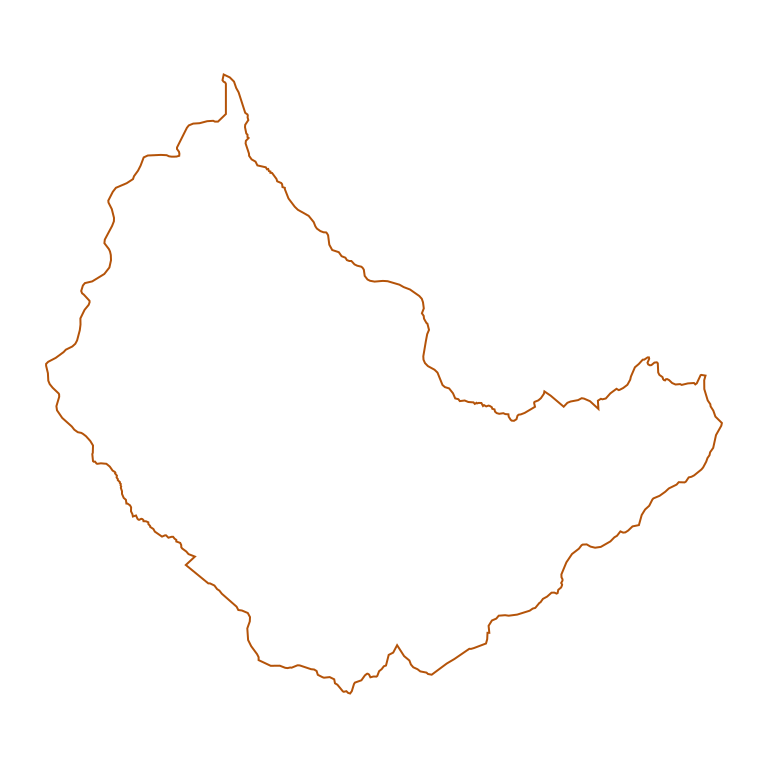 the district of Belén, Boyacá, Colombia
{"feature_id": "7082276B18043076208470", "entity_name": "Belén", "entity_type": "district", "adm_level": 2, "iso_a3": "COL", "parent_name": "Colombia", "parent_adm1": "Boyacá", "projection": "mercator", "projection_center": [-72.876, 6.017], "detail": "fine", "context": "isolated", "style": "outline", "palette": "amber", "viewbox_px": 768, "rotation_deg": 0, "n_neighbors": 0, "source": "geoboundaries", "source_scale": "gbopen_adm2", "svg_char_len": 6059}
<svg xmlns="http://www.w3.org/2000/svg" viewBox="0 0 768 768"><path d="M642.7,359.7L638.8,364.0L634.9,367.3L630.9,376.6L630.2,379.7L627.4,384.8L623.2,388.0L619.5,389.9L618.7,390.1L616.5,388.8L610.3,393.4L605.8,398.5L602.4,399.3L600.9,398.8L597.9,400.7L598.4,408.9L590.0,401.2L584.0,398.6L581.7,398.2L578.1,400.1L570.6,401.5L567.4,402.8L563.7,406.7L550.7,395.7L544.4,391.4L543.9,393.8L540.9,398.2L538.3,400.4L534.5,401.9L534.1,402.9L535.0,406.8L524.7,412.9L520.8,414.4L518.6,414.7L517.5,415.7L516.5,419.2L514.0,420.8L511.6,420.6L510.6,419.7L508.7,416.7L508.4,414.3L505.3,414.1L503.3,413.2L499.2,413.8L496.7,413.1L495.0,411.6L494.5,409.4L492.3,408.8L491.8,407.2L489.7,405.9L488.5,405.6L486.2,406.4L484.0,405.1L483.0,406.0L481.4,403.0L478.7,402.9L477.1,403.4L476.5,402.8L474.8,403.9L473.5,402.4L468.3,402.0L464.7,400.5L459.8,401.1L458.4,399.2L455.2,398.4L453.0,393.3L449.1,388.4L444.9,387.1L442.5,385.0L437.5,372.6L434.5,369.7L427.9,366.1L425.0,363.1L423.5,359.7L423.3,356.3L425.8,341.5L427.2,334.1L429.0,329.9L427.4,323.6L426.6,323.2L425.3,321.0L424.0,318.6L423.7,315.9L421.9,313.3L423.8,308.4L423.0,302.3L421.8,298.8L419.3,296.0L410.0,289.5L403.7,287.1L399.5,284.7L387.6,281.2L382.8,280.9L374.6,281.6L370.1,280.8L367.5,279.5L364.7,275.9L363.8,269.6L362.5,267.7L361.3,266.7L357.2,265.7L354.5,264.4L351.4,261.0L349.3,261.0L346.9,260.1L345.4,257.7L341.6,256.2L338.8,252.2L332.2,250.0L329.3,244.7L328.1,235.3L326.9,233.2L326.1,232.4L323.6,232.3L320.4,231.1L316.9,228.6L315.4,226.4L313.7,222.1L308.7,215.9L297.9,209.8L294.7,206.7L288.5,198.5L284.9,189.3L284.8,187.8L282.5,187.1L282.1,184.2L281.2,183.0L277.2,181.3L276.5,179.0L272.1,173.0L270.4,172.8L270.4,171.5L268.9,171.1L268.2,169.0L267.0,169.3L265.8,167.3L257.4,165.4L255.5,161.6L251.6,159.4L249.1,155.8L249.0,153.7L245.6,143.5L245.9,140.8L248.6,138.0L247.5,137.1L247.5,134.7L246.3,133.5L245.0,127.2L245.2,124.8L248.3,120.1L247.6,117.4L247.8,115.4L247.5,114.5L245.2,112.8L238.6,92.3L236.2,88.0L234.0,81.6L229.8,77.4L223.7,74.5L222.5,80.2L223.6,81.7L225.2,82.5L225.9,83.9L225.9,114.0L218.0,121.6L214.9,121.6L213.2,120.8L207.2,121.2L199.6,123.2L193.2,123.6L188.8,125.4L186.9,127.8L177.0,147.5L177.0,149.0L179.0,151.8L179.4,153.8L179.2,155.8L176.3,156.6L171.8,156.7L169.0,156.3L166.7,155.2L160.9,154.9L147.8,155.5L143.7,157.4L140.6,165.6L138.0,170.7L134.0,176.2L133.0,179.1L126.7,183.2L115.9,187.8L112.8,191.8L108.3,200.6L108.5,202.6L111.8,209.1L114.0,217.9L113.9,221.3L112.1,225.9L104.8,239.6L104.4,243.2L108.9,249.1L110.0,251.5L110.8,255.0L111.0,260.2L109.4,267.5L104.3,274.0L92.2,281.4L84.9,283.1L82.9,285.5L81.2,291.0L82.1,293.3L83.8,294.6L89.5,300.8L89.6,302.2L88.7,304.8L84.6,309.8L80.4,318.4L80.5,324.6L79.8,330.2L77.1,340.4L75.3,343.8L72.3,346.5L65.8,349.7L63.7,352.0L55.7,357.9L48.2,361.8L46.1,363.9L46.1,365.7L47.9,373.2L48.3,380.7L49.7,384.1L52.7,387.8L58.7,393.5L59.1,394.4L59.2,396.8L56.4,406.2L57.0,410.3L62.2,417.9L71.8,426.5L74.3,429.7L77.8,432.2L81.3,432.9L83.0,433.9L86.0,436.2L90.3,441.0L93.0,445.5L92.8,452.8L92.3,454.1L93.0,461.1L93.7,461.7L95.0,461.6L96.6,463.6L97.4,463.8L100.9,463.3L106.4,463.8L109.8,466.6L112.6,470.6L114.9,472.0L115.4,472.8L115.1,473.5L116.9,475.6L116.6,477.5L117.8,479.0L117.8,480.1L119.9,482.1L119.8,482.9L120.8,484.0L120.5,485.1L121.2,486.6L120.8,487.8L122.0,491.2L122.0,493.9L123.7,497.9L125.9,499.8L126.4,503.5L127.3,503.5L130.0,505.3L131.1,507.3L131.0,511.3L132.4,514.1L132.9,516.5L136.0,515.5L137.5,518.8L138.5,519.7L139.3,519.8L141.2,518.8L142.4,519.1L143.4,520.1L143.5,521.2L146.0,521.3L148.3,522.3L148.4,524.1L150.1,525.9L150.2,526.9L153.4,529.0L154.8,531.6L162.0,536.6L165.1,535.3L166.0,535.3L168.4,537.7L171.6,536.8L173.1,536.8L174.6,538.7L176.3,539.9L176.3,541.5L180.2,542.9L181.2,545.0L181.3,547.3L182.2,548.5L186.3,551.5L188.5,554.1L194.9,556.6L185.8,565.0L208.3,583.4L210.0,583.4L214.4,585.5L217.1,589.1L219.4,590.6L221.8,593.7L236.6,606.7L238.3,610.0L241.9,610.5L247.8,613.0L250.0,617.1L249.8,621.4L247.3,628.4L248.1,640.0L251.2,646.2L257.1,654.2L258.6,657.2L258.6,660.1L270.7,665.8L279.8,665.7L285.2,667.8L287.6,668.1L290.2,667.5L291.6,667.7L297.5,665.3L299.7,665.4L311.1,669.2L314.1,669.5L316.6,671.0L317.8,674.8L322.5,677.2L324.0,677.7L329.7,677.1L334.2,679.3L335.0,683.3L337.4,684.7L342.8,691.3L343.8,691.8L346.4,691.2L348.1,692.9L350.1,693.5L351.8,691.2L354.0,684.0L354.9,682.6L361.4,680.3L364.9,675.4L366.9,673.8L367.7,673.7L369.1,674.6L370.4,677.3L373.5,676.5L376.5,676.6L377.3,675.9L379.1,671.2L381.7,669.1L383.8,666.3L386.0,665.5L388.7,654.9L393.2,652.6L397.1,645.2L404.1,656.1L409.4,660.5L410.9,664.5L413.3,667.3L417.5,669.2L420.3,671.4L426.5,672.6L428.0,674.0L431.7,674.7L446.8,663.5L454.4,659.0L469.3,648.8L471.0,648.9L473.8,648.1L486.0,643.5L487.2,639.2L487.5,632.8L489.3,632.8L488.6,625.8L491.9,620.5L496.3,618.6L498.7,615.7L505.1,615.2L508.7,615.7L517.2,614.6L529.7,610.7L532.7,608.6L535.3,607.9L539.4,602.9L540.5,602.3L542.9,598.9L547.1,596.6L551.5,592.7L554.3,592.6L556.6,593.6L557.6,593.1L558.3,589.8L561.1,587.5L562.0,585.3L562.1,584.5L561.2,583.0L562.5,580.6L562.5,579.3L561.5,577.3L561.4,574.4L566.4,562.3L572.0,554.0L578.9,548.7L581.5,545.3L582.6,544.6L586.7,544.4L590.5,546.6L595.1,547.7L600.8,546.9L610.4,541.4L614.4,537.3L617.0,535.8L620.4,531.4L623.1,532.6L625.3,532.4L628.1,530.6L632.5,526.4L638.9,525.1L641.7,515.0L645.1,509.5L649.2,505.8L652.4,499.5L653.4,498.4L659.6,495.8L665.2,491.8L668.9,488.4L676.6,484.6L678.7,482.2L684.6,482.4L685.9,481.6L688.7,477.4L691.4,476.8L694.1,475.4L701.4,469.5L703.1,467.5L706.2,461.7L707.5,458.0L709.5,455.2L710.1,452.3L713.2,447.9L716.0,435.1L721.3,425.7L721.9,423.0L715.4,416.6L713.3,410.6L710.6,406.4L710.3,404.2L707.7,400.4L704.3,389.1L704.2,380.2L705.5,375.6L701.3,374.9L700.6,375.2L696.8,383.3L695.3,384.4L694.0,383.0L687.9,383.4L681.7,384.9L680.1,384.1L675.5,384.5L672.1,383.0L669.1,380.1L667.2,379.1L666.0,379.2L665.1,380.4L664.0,380.1L663.1,379.1L662.5,377.1L659.4,374.9L658.2,372.5L657.8,363.3L656.8,362.3L654.4,362.6L651.4,365.1L649.9,365.3L648.2,364.4L647.5,362.7L649.2,358.8L648.9,357.4L647.6,357.4L644.3,359.6L642.7,359.7Z" fill="none" stroke="#b45309" stroke-width="2"/></svg>